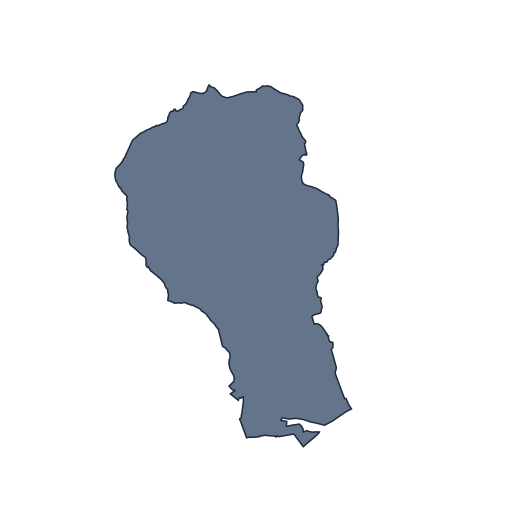 Budila, Brasov, Romania (Mercator projection), rotated 217°
{"feature_id": "2599482B80060958139020", "entity_name": "Budila", "entity_type": "district", "adm_level": 2, "iso_a3": "ROU", "parent_name": "Romania", "parent_adm1": "Brasov", "projection": "mercator", "projection_center": [25.874, 45.646], "detail": "fine", "context": "isolated", "style": "filled", "palette": "slate", "viewbox_px": 512, "rotation_deg": 217, "n_neighbors": 0, "source": "geoboundaries", "source_scale": "gbopen_adm2", "svg_char_len": 6135}
<svg xmlns="http://www.w3.org/2000/svg" viewBox="0 0 512 512"><g transform="rotate(217 256 256)"><path d="M419.1,238.3L417.8,236.2L416.5,234.7L414.9,233.1L413.0,231.6L411.1,231.1L408.6,229.5L406.2,228.5L405.9,228.5L405.8,228.8L405.3,228.7L404.0,228.2L402.4,227.3L396.1,226.3L395.0,226.0L394.5,225.8L394.1,224.7L393.2,223.2L390.9,221.3L390.3,220.7L390.0,219.9L389.5,219.0L388.6,218.2L388.1,217.4L387.4,215.6L385.3,214.7L384.8,214.3L384.6,213.3L384.3,212.8L382.5,209.4L380.7,207.2L379.2,205.9L378.8,205.5L377.4,203.3L376.6,201.7L376.3,201.2L374.7,200.1L372.0,197.5L370.1,196.4L368.8,195.0L368.0,194.4L367.6,193.4L365.8,191.1L364.9,190.7L364.1,189.9L363.1,189.3L362.1,189.2L357.0,189.1L348.1,188.1L343.9,188.3L342.4,187.6L340.9,186.0L338.4,182.6L338.0,182.5L336.8,181.7L335.8,181.6L335.3,181.9L335.1,182.3L335.0,182.1L333.7,181.8L331.2,180.7L330.4,180.7L330.4,180.8L330.2,180.9L329.7,181.0L328.3,180.7L322.7,180.6L321.4,180.3L319.1,180.3L316.9,180.0L313.3,179.1L312.7,179.1L312.2,178.6L309.7,176.9L307.7,176.2L306.5,176.1L305.8,175.4L305.1,174.4L304.8,174.2L302.9,172.6L301.9,171.5L301.4,170.3L301.2,169.6L300.6,169.4L300.3,168.9L300.1,167.9L299.9,167.5L294.7,168.9L293.0,169.1L290.9,170.8L289.8,171.9L287.4,173.3L286.5,174.2L285.8,175.2L284.3,176.2L282.9,176.5L281.5,176.6L280.7,177.2L280.2,177.4L278.5,177.6L278.2,177.7L277.7,178.3L276.5,178.7L275.2,178.8L274.2,179.0L273.7,179.2L271.5,179.5L270.6,179.9L269.6,179.9L267.9,180.0L267.7,180.0L267.4,179.6L267.1,179.5L265.7,179.3L265.2,179.5L261.6,179.7L260.8,179.6L259.3,179.0L256.3,178.4L253.9,177.4L252.9,177.2L249.6,176.9L247.7,176.5L245.8,175.7L241.3,174.6L240.7,173.8L239.2,172.5L237.1,170.9L228.9,164.1L228.2,163.7L225.6,164.1L222.4,163.3L219.2,162.9L218.1,162.0L215.8,159.6L215.5,159.0L215.3,158.0L214.8,157.0L214.2,155.8L213.8,155.3L213.4,154.4L212.3,153.2L211.4,152.6L210.9,152.0L209.6,150.8L207.5,149.5L202.4,147.3L200.2,145.7L199.6,144.9L198.5,143.0L198.4,142.2L198.6,140.0L199.3,135.9L195.8,135.2L193.7,135.1L192.6,135.9L192.3,136.0L191.8,135.8L191.7,135.5L192.1,135.0L192.5,133.8L193.5,130.4L183.2,130.1L183.3,130.6L183.8,131.5L184.0,131.9L184.0,132.4L183.9,132.8L183.7,133.1L183.3,133.3L182.4,133.4L182.3,134.2L182.3,134.9L182.0,135.3L181.3,135.7L180.9,135.8L180.2,134.3L178.9,132.8L177.6,130.7L176.7,128.8L175.6,127.1L173.9,124.0L172.8,122.3L172.1,120.4L171.7,119.8L170.6,118.1L170.5,117.6L171.0,116.5L171.0,116.0L170.3,115.4L169.3,115.0L154.1,105.1L152.9,106.7L149.0,109.7L145.8,112.5L144.7,113.7L144.9,113.8L144.2,114.7L140.8,118.4L138.4,119.7L133.3,123.0L130.8,123.8L131.3,124.9L129.8,125.3L128.9,125.6L128.6,125.9L118.6,136.6L103.8,132.2L103.4,132.2L102.7,136.2L99.8,148.5L99.4,151.6L99.3,152.8L99.5,153.6L102.4,151.5L105.2,149.1L107.2,148.1L110.5,147.0L112.4,143.9L114.4,146.3L115.1,146.3L116.6,147.3L117.2,147.4L119.5,147.9L120.2,147.9L125.9,142.1L128.4,139.0L128.9,138.4L129.2,138.3L130.6,140.3L131.2,141.5L131.9,142.4L137.4,139.7L137.7,142.6L132.0,145.3L126.1,150.6L119.5,154.0L112.8,156.2L107.3,158.8L99.4,162.1L95.7,169.9L90.5,185.4L88.0,190.8L87.7,191.3L92.8,193.2L98.3,196.4L99.3,195.3L119.2,208.0L122.4,210.2L124.5,215.1L137.4,225.1L139.5,226.2L139.5,229.1L141.0,231.3L142.6,233.2L145.9,232.0L150.4,235.4L150.1,235.8L152.0,235.7L152.2,235.8L152.2,236.5L153.8,236.8L159.4,238.8L162.4,239.4L165.1,239.3L166.7,238.5L167.7,237.7L168.0,236.7L168.4,236.5L173.7,240.5L174.1,240.6L175.0,241.9L174.4,243.7L172.2,246.5L170.4,248.8L170.3,250.2L172.4,254.5L172.4,255.1L177.8,259.5L178.3,261.5L179.2,261.8L181.5,260.8L184.2,262.3L184.7,263.4L188.9,266.3L190.8,270.3L191.1,273.2L194.4,275.8L194.0,280.5L194.5,285.6L196.8,288.3L197.4,288.1L197.9,288.1L198.1,288.7L196.8,289.8L196.8,290.3L197.6,290.9L197.5,292.1L197.3,292.4L197.0,292.4L196.2,293.2L195.7,294.7L196.1,296.0L195.8,297.3L194.9,298.3L194.7,299.2L194.8,301.1L194.3,302.0L194.8,304.2L195.8,305.5L195.0,306.1L195.5,308.8L196.5,310.8L197.1,314.1L204.4,324.6L207.3,328.1L208.6,329.3L212.9,335.6L222.5,345.4L226.0,348.5L232.9,347.9L234.7,348.7L236.8,347.9L242.4,347.0L247.8,346.5L253.3,344.8L257.6,342.9L261.6,342.2L264.8,343.7L265.7,344.9L267.1,346.0L268.2,348.0L269.5,351.6L270.9,353.9L272.7,357.5L274.6,359.4L279.3,359.1L279.6,363.3L278.7,366.2L277.3,366.1L276.6,366.8L276.5,367.7L277.4,368.6L280.1,370.4L280.8,371.3L284.6,374.5L284.7,375.3L284.6,376.6L285.7,377.8L290.4,378.9L292.4,379.8L293.9,380.8L296.3,381.8L297.1,382.1L299.3,383.6L300.5,384.3L302.1,384.6L302.4,384.9L302.4,388.1L303.1,390.5L304.8,392.5L306.6,397.3L306.4,400.6L309.5,404.6L315.7,406.9L321.6,406.0L325.2,404.3L327.8,403.9L334.8,401.1L346.4,400.1L349.2,398.8L351.3,396.8L353.0,395.8L353.3,395.5L353.5,394.0L353.9,392.7L355.6,389.0L355.6,388.7L355.5,388.4L354.6,387.1L355.3,386.7L359.3,383.8L362.0,381.5L366.4,375.7L367.8,373.4L369.5,371.0L370.8,368.8L372.1,367.7L372.5,366.9L373.5,365.7L374.5,364.8L378.3,363.4L379.6,363.3L381.6,363.4L384.1,364.2L389.5,365.1L390.8,365.1L391.9,364.6L393.0,364.2L395.6,364.1L396.1,364.5L396.3,364.5L396.4,364.3L396.2,363.3L396.3,362.7L396.0,361.9L395.7,361.5L395.8,361.1L395.7,360.8L395.3,360.2L395.4,359.6L395.0,358.4L394.8,358.3L395.1,356.3L395.2,355.7L395.5,355.1L396.9,353.4L397.6,352.8L398.7,352.2L401.9,350.7L404.5,349.8L405.6,349.0L405.8,348.1L406.2,347.3L406.2,346.7L405.8,345.7L405.3,345.0L404.7,342.9L404.7,341.5L404.7,340.5L404.3,339.5L403.9,337.8L403.8,336.6L403.6,336.1L403.5,335.6L403.8,333.3L404.2,332.1L404.2,331.8L404.0,331.3L403.4,330.5L403.2,330.0L403.3,329.5L403.7,328.8L404.4,327.7L405.1,326.2L405.4,325.0L406.0,324.5L406.1,323.9L406.3,323.7L406.7,323.6L407.4,323.8L407.8,324.2L408.7,324.5L409.1,324.5L409.3,324.4L409.5,323.8L409.8,323.6L409.5,323.1L409.5,322.2L409.3,321.5L410.3,321.1L411.0,319.8L411.1,319.1L411.0,317.6L410.6,317.1L410.4,316.8L409.9,314.6L410.0,313.8L408.7,312.0L408.4,311.7L408.2,310.2L408.1,308.4L408.4,307.8L410.3,305.3L411.0,304.2L411.7,303.0L412.0,301.9L412.4,301.5L413.9,300.6L414.8,298.4L416.1,296.7L417.1,294.0L418.7,291.5L419.3,290.4L420.0,288.4L422.1,284.4L424.3,274.2L420.7,258.0L420.1,255.9L420.1,255.5L420.3,254.3L419.8,252.0L419.6,249.9L419.9,246.0L420.2,244.0L420.4,241.8L419.6,239.9L419.1,238.3Z" fill="#64748b" stroke="#1e293b" stroke-width="1.5"/></g></svg>